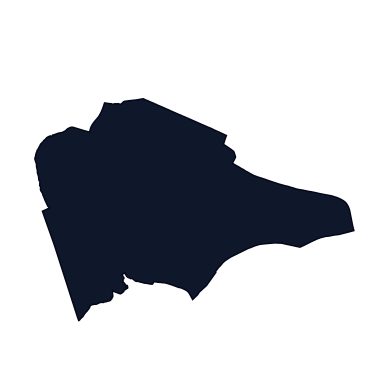 outline of Sam Khok, Pathum Thani, Thailand, rotated 168°
{"feature_id": "78962969B46863562743869", "entity_name": "Sam Khok", "entity_type": "district", "adm_level": 2, "iso_a3": "THA", "parent_name": "Thailand", "parent_adm1": "Pathum Thani", "projection": "natural_earth1", "projection_center": [100.554, 14.08], "detail": "fine", "context": "isolated", "style": "filled", "palette": "ink", "viewbox_px": 384, "rotation_deg": 168, "n_neighbors": 0, "source": "geoboundaries", "source_scale": "gbopen_adm2", "svg_char_len": 5942}
<svg xmlns="http://www.w3.org/2000/svg" viewBox="0 0 384 384"><g transform="rotate(168 192 192)"><path d="M326.5,91.7L325.8,92.3L325.3,92.4L325.0,92.5L322.5,95.1L321.7,95.8L319.7,97.2L319.3,97.4L318.6,98.1L317.1,99.3L316.7,99.8L316.3,100.2L315.3,101.8L315.0,102.0L314.2,102.4L312.3,102.5L311.0,102.5L309.8,102.3L309.1,102.1L308.2,102.3L306.9,102.5L305.0,103.0L303.6,102.9L301.9,102.4L301.1,102.5L300.3,102.7L299.7,102.7L299.1,102.5L298.8,102.5L298.5,102.6L294.7,102.8L294.1,103.2L293.6,103.7L293.1,104.2L293.0,104.3L292.9,104.2L292.6,104.4L292.0,105.4L291.7,106.1L291.4,106.0L291.2,106.3L291.0,107.1L290.9,108.2L290.9,109.7L290.5,110.7L290.2,111.7L290.1,111.9L289.9,111.9L289.7,111.8L289.5,111.2L289.3,111.0L288.0,110.4L287.7,110.1L287.2,109.6L286.8,109.4L286.0,109.2L285.8,109.1L285.4,108.5L285.2,108.3L283.8,107.6L283.3,107.5L282.7,107.5L282.7,107.4L282.2,107.5L281.3,108.0L281.3,107.9L281.0,108.0L279.8,108.7L279.2,109.2L278.8,110.1L278.3,110.5L277.8,110.4L277.3,110.4L277.1,110.4L276.9,110.6L276.7,110.9L276.7,111.1L276.7,112.0L276.6,111.9L276.2,111.4L275.9,111.2L275.6,111.2L275.1,111.3L274.9,111.5L274.7,112.5L274.7,113.8L275.2,114.3L275.4,114.2L275.5,114.0L276.0,114.0L276.4,114.1L276.7,114.8L276.6,115.1L276.7,115.3L276.6,115.5L276.7,115.8L276.7,116.0L277.1,116.7L277.2,117.0L277.8,117.8L278.3,118.1L278.5,118.1L278.7,118.6L278.4,118.7L278.3,118.9L277.9,119.2L277.8,119.9L277.9,120.6L277.8,120.9L276.8,121.3L276.6,121.6L276.5,122.1L276.5,122.5L276.6,122.8L277.1,123.8L277.2,124.5L277.3,125.1L277.7,125.4L278.1,125.6L278.1,126.0L277.7,126.2L276.2,126.3L275.4,126.4L274.2,126.7L274.2,125.6L273.9,124.5L273.7,123.7L273.2,122.8L272.4,121.8L271.6,121.3L271.0,120.8L270.4,120.6L270.1,120.1L269.4,120.1L268.6,119.8L267.7,119.0L266.9,117.9L266.1,116.9L265.3,116.3L263.1,115.7L261.6,114.8L258.5,113.4L258.1,113.0L255.6,112.2L251.5,110.5L249.8,110.1L248.1,112.1L247.5,112.0L237.3,108.7L236.1,108.2L230.8,105.2L227.3,103.0L224.7,101.3L223.9,101.1L222.8,100.6L221.4,99.7L218.6,97.5L217.3,96.2L216.4,94.9L215.6,93.1L213.7,86.7L207.8,90.4L207.5,90.7L207.3,91.1L205.4,92.8L202.7,94.3L201.3,95.2L198.8,96.6L197.3,97.5L185.4,108.4L185.4,108.6L185.5,109.3L185.4,109.5L183.8,110.8L181.8,112.6L179.7,113.9L176.7,116.3L174.3,117.7L172.3,118.6L170.1,119.5L167.2,120.5L149.1,125.1L145.6,125.6L141.9,126.3L137.2,126.7L135.0,126.6L126.2,125.6L121.6,125.0L114.9,123.3L111.9,121.9L97.8,115.6L93.5,116.6L85.0,118.8L78.7,120.2L75.9,120.6L70.3,120.8L66.8,120.4L63.7,120.4L61.0,120.3L57.1,119.9L41.7,120.6L41.9,126.1L41.7,138.2L41.7,142.0L42.0,144.1L42.4,146.0L43.4,148.7L44.5,150.6L46.2,152.4L48.5,154.4L51.3,156.4L55.9,159.0L56.0,159.0L57.2,159.6L63.5,162.2L69.3,164.7L70.7,165.4L73.9,166.8L75.4,167.5L77.7,168.3L83.3,170.8L86.7,172.1L88.8,173.0L90.4,173.9L93.4,175.6L94.7,176.2L95.8,176.9L96.9,177.5L97.5,177.8L99.3,178.6L104.9,181.5L113.9,186.7L115.2,187.6L116.1,188.0L117.5,189.0L120.1,190.5L125.4,193.5L125.9,193.9L128.0,195.2L131.3,197.9L133.4,199.9L134.9,201.0L137.1,203.3L138.5,204.4L139.5,205.3L141.2,207.0L142.9,208.4L146.5,211.7L144.1,214.6L142.7,216.3L142.3,216.9L142.2,217.3L142.2,217.9L142.6,222.1L142.9,223.1L143.2,223.5L143.7,224.0L144.6,225.2L145.4,226.0L148.9,229.7L150.6,231.3L151.0,231.9L151.1,232.1L151.1,232.3L151.0,232.6L149.1,236.1L146.6,240.1L153.2,245.0L154.2,245.8L154.4,245.9L155.7,246.8L156.0,247.1L156.4,247.3L158.8,249.2L160.0,250.2L162.4,251.8L163.2,252.3L165.2,253.8L166.3,254.5L167.0,255.1L168.2,255.9L171.5,258.3L178.7,263.5L180.3,264.7L181.7,265.6L183.5,267.0L184.4,267.5L187.5,269.8L188.9,270.7L192.6,273.4L193.5,273.9L193.9,274.4L195.3,275.3L197.9,277.3L199.7,278.5L201.8,280.1L206.4,283.3L208.2,284.6L208.8,285.2L209.4,285.4L210.4,286.3L211.0,286.7L211.3,286.9L213.0,288.1L214.0,288.7L216.3,290.5L217.8,291.4L220.1,293.2L220.5,293.4L222.9,293.4L223.3,293.5L224.0,293.4L224.3,293.5L227.6,293.6L229.6,293.9L230.8,293.9L232.4,294.2L233.4,294.2L235.1,294.4L236.8,294.5L237.7,294.6L239.3,294.7L239.6,294.7L240.5,294.3L242.7,292.9L243.1,292.7L243.3,292.7L244.6,293.0L245.6,293.7L246.1,293.7L247.2,293.9L247.9,294.1L249.8,294.4L250.3,294.3L250.9,294.3L251.4,294.4L252.3,294.8L252.4,295.0L252.9,295.2L253.9,295.5L254.2,295.5L254.6,295.7L255.6,296.1L256.4,296.2L256.8,296.4L257.2,296.7L259.0,297.3L261.2,293.5L263.4,290.1L265.7,287.2L267.0,285.8L268.1,284.7L272.4,281.4L274.2,279.9L275.9,278.2L276.9,277.0L277.7,275.9L278.3,274.8L279.2,273.0L279.6,271.8L284.2,274.1L294.5,279.8L295.2,280.1L296.1,280.4L296.9,280.4L297.8,280.4L300.6,279.7L301.1,279.4L302.0,278.8L302.9,278.3L303.9,277.9L306.1,277.3L307.3,277.2L309.5,277.3L310.4,277.3L314.9,276.7L315.7,276.5L316.6,276.7L316.8,276.6L317.0,276.4L317.1,276.2L317.1,275.9L317.2,275.7L317.7,275.5L318.0,275.5L318.8,276.0L319.0,276.3L319.3,276.2L319.4,275.9L319.6,275.8L319.8,275.9L319.9,276.1L320.0,276.2L320.7,275.9L321.4,275.8L322.1,275.6L322.9,275.3L323.8,274.6L324.3,274.1L325.7,273.4L326.7,272.8L326.8,272.6L327.0,272.2L327.5,271.9L327.7,271.7L328.1,271.7L328.3,271.6L329.0,270.9L329.7,270.6L330.0,270.4L332.8,267.0L333.8,265.8L334.0,265.5L334.6,265.1L334.8,264.9L335.4,263.7L336.1,262.8L336.5,261.9L337.0,261.0L338.1,258.4L338.5,258.0L338.7,257.6L338.8,257.3L338.7,254.9L338.4,252.5L338.3,251.5L338.4,250.7L338.7,249.8L338.8,249.3L338.8,247.8L338.8,246.6L338.7,246.0L338.7,245.6L339.1,243.6L339.2,243.1L339.2,242.5L339.0,240.4L338.9,239.3L339.0,238.1L339.2,236.6L339.2,235.6L339.2,235.0L338.8,234.1L338.6,233.5L338.7,233.2L339.1,232.2L339.3,231.0L339.7,230.0L339.7,229.8L339.6,229.6L339.1,229.0L339.0,228.6L339.0,228.3L339.4,227.3L339.5,226.8L339.7,226.0L339.7,225.3L339.6,224.6L338.8,222.7L338.5,221.6L338.4,221.1L338.5,220.4L338.5,220.0L338.3,219.4L337.9,217.4L337.4,214.1L337.0,212.7L336.7,211.1L336.2,209.2L336.1,208.3L335.1,207.1L334.8,206.4L334.8,206.2L335.5,206.0L338.0,205.2L339.9,204.8L342.3,204.3L341.2,195.8L337.7,169.1L330.3,96.2L329.9,92.4L329.7,91.2L329.5,89.8L329.1,89.9L328.8,90.0L327.0,91.5L326.5,91.7Z" fill="#0f172a" stroke="#020617" stroke-width="1.5"/></g></svg>